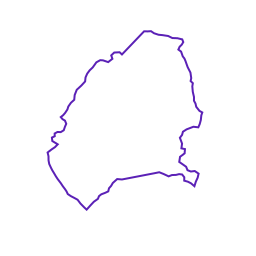 the district of Colombo, Paraná, Brazil, rotated 65°
{"feature_id": "56859067B90455613848292", "entity_name": "Colombo", "entity_type": "district", "adm_level": 2, "iso_a3": "BRA", "parent_name": "Brazil", "parent_adm1": "Paraná", "projection": "albers", "projection_center": [-49.18, -25.309], "detail": "fine", "context": "isolated", "style": "outline", "palette": "violet", "viewbox_px": 256, "rotation_deg": 65, "n_neighbors": 0, "source": "geoboundaries", "source_scale": "gbopen_adm2", "svg_char_len": 1726}
<svg xmlns="http://www.w3.org/2000/svg" viewBox="0 0 256 256"><g transform="rotate(65 128 128)"><path d="M81.0,169.0L83.3,173.0L85.6,175.1L87.8,178.7L89.0,181.4L89.7,184.3L92.3,183.6L94.7,182.0L98.1,182.2L100.2,184.6L102.9,187.2L103.3,190.7L101.8,193.6L102.0,196.8L104.5,197.9L104.5,201.0L107.8,202.1L113.1,198.6L114.5,202.3L115.1,206.1L116.2,211.2L120.0,212.0L123.8,213.7L127.3,214.6L131.5,214.6L134.3,214.5L137.9,214.1L141.2,213.8L144.6,213.3L149.7,212.2L153.1,211.7L156.9,210.9L159.6,210.5L162.4,210.5L165.7,208.5L168.3,206.5L171.7,204.0L176.4,203.0L181.5,201.2L184.5,200.0L182.2,194.6L180.4,190.1L179.5,185.2L177.5,183.1L176.8,180.2L177.1,176.4L177.1,172.7L174.6,170.7L173.3,167.7L171.4,165.0L169.7,159.4L172.1,155.2L175.9,140.1L180.1,123.4L181.3,118.4L184.7,115.2L189.0,111.6L189.2,108.1L190.8,104.3L191.4,101.2L193.0,98.6L196.4,97.8L199.5,99.3L202.0,96.4L204.7,94.3L208.8,92.4L205.3,89.2L202.5,85.9L199.2,83.3L195.2,85.7L194.0,89.4L191.4,91.9L187.7,91.7L184.7,93.4L180.4,95.9L176.1,93.0L174.9,87.4L171.2,85.3L169.0,88.2L165.0,85.6L158.8,85.1L157.1,81.9L154.6,79.8L154.0,75.5L154.5,68.2L157.1,64.0L154.8,61.4L151.5,58.6L147.5,56.2L145.3,54.1L142.7,56.0L137.6,57.2L134.4,56.5L131.2,56.7L127.8,55.1L122.6,54.0L117.4,52.1L114.8,50.3L111.9,51.4L109.5,49.6L104.2,48.0L97.9,48.2L91.6,47.6L88.9,47.5L86.2,48.1L81.2,47.6L78.2,49.2L76.2,46.9L75.2,44.1L73.5,41.6L70.6,41.4L67.5,45.3L65.2,49.8L61.6,52.7L58.4,57.5L56.4,60.9L53.1,64.4L50.0,66.2L48.8,69.2L47.2,72.6L58.8,102.4L55.8,103.6L53.8,108.6L55.1,112.5L58.7,112.9L59.9,118.1L56.1,122.1L54.8,124.5L55.1,128.9L58.2,134.4L59.5,138.3L61.5,142.0L64.2,145.1L67.7,147.2L69.8,152.3L71.7,158.3L75.6,162.4L79.7,164.8L81.0,169.0Z" fill="none" stroke="#5b21b6" stroke-width="2"/></g></svg>